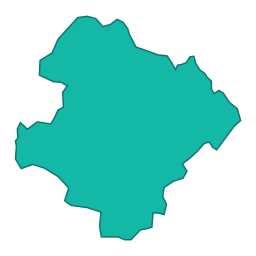 an SVG outline of Razgrad
{"feature_id": "BGR-2256", "entity_name": "Razgrad", "entity_type": "Province", "adm_level": 1, "iso_a3": "BGR", "parent_name": "Bulgaria", "parent_adm1": "", "projection": "albers", "projection_center": [26.578, 43.648], "detail": "fine", "context": "isolated", "style": "filled", "palette": "teal", "viewbox_px": 256, "rotation_deg": 0, "n_neighbors": 0, "source": "natural_earth", "source_scale": "10m", "svg_char_len": 1152}
<svg xmlns="http://www.w3.org/2000/svg" viewBox="0 0 256 256"><path d="M237.3,108.8L240.6,120.5L234.1,126.3L216.7,149.8L212.6,147.2L209.6,142.4L206.6,142.6L203.7,144.0L197.1,151.5L189.2,158.7L182.4,163.8L186.9,171.1L183.1,178.1L173.2,181.3L164.1,187.5L162.7,196.6L166.5,204.3L164.1,214.5L158.4,213.0L153.0,212.9L151.9,227.1L146.3,228.8L140.5,229.8L131.0,239.7L124.5,239.7L118.3,236.9L101.4,236.9L99.6,226.2L101.0,212.1L87.4,207.6L71.4,205.4L67.9,203.3L64.7,200.7L68.7,187.9L57.9,176.4L44.4,168.1L32.7,164.4L21.2,168.6L15.5,159.0L16.4,146.4L15.9,143.5L15.4,140.9L16.8,139.5L17.9,137.6L17.3,129.3L20.3,122.7L23.7,125.6L27.3,129.3L37.2,121.9L50.8,124.0L54.3,118.2L58.0,110.1L63.4,107.2L62.7,92.3L67.4,85.8L61.0,82.3L53.1,81.6L39.4,75.1L40.1,60.4L52.2,52.9L58.0,39.3L77.7,17.6L87.0,16.3L95.8,18.6L102.8,26.6L110.3,24.5L117.1,19.4L123.0,22.3L127.7,28.8L129.7,35.1L135.9,47.0L158.2,54.9L167.1,55.9L171.8,62.9L175.5,69.6L177.6,65.2L181.6,64.5L186.3,62.6L190.0,56.8L193.9,56.3L195.7,63.3L199.9,70.0L204.8,73.6L207.4,77.6L211.4,81.1L211.5,89.3L214.1,93.6L218.9,90.4L223.2,93.0L229.5,102.5L237.3,108.8Z" fill="#14b8a6" stroke="#0f766e" stroke-width="1.5"/></svg>